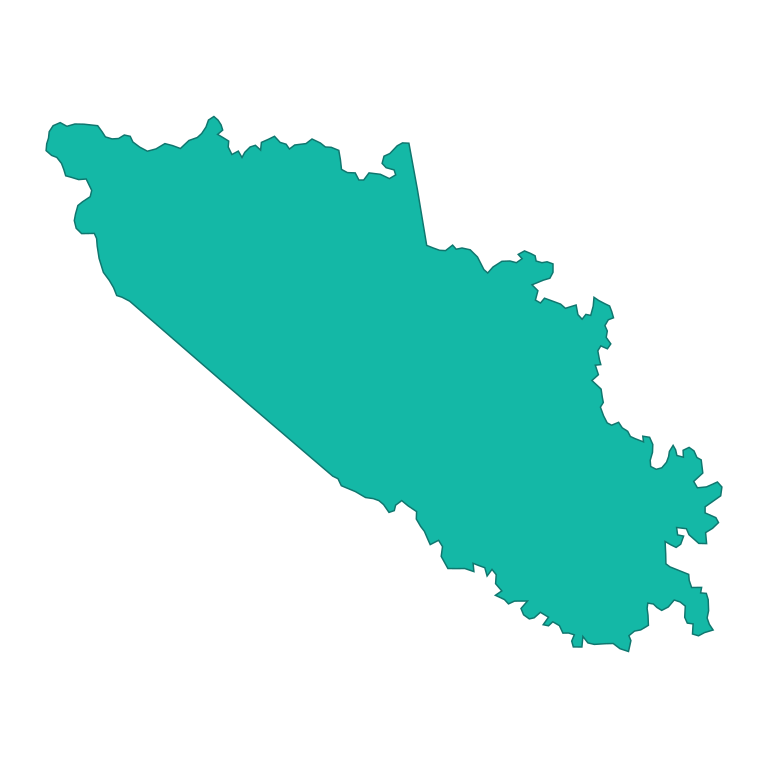 outline of Rio Azul, Paraná, Brazil
{"feature_id": "56859067B94937629872917", "entity_name": "Rio Azul", "entity_type": "district", "adm_level": 2, "iso_a3": "BRA", "parent_name": "Brazil", "parent_adm1": "Paraná", "projection": "albers", "projection_center": [-50.76, -25.731], "detail": "fine", "context": "isolated", "style": "filled", "palette": "teal", "viewbox_px": 768, "rotation_deg": 0, "n_neighbors": 0, "source": "geoboundaries", "source_scale": "gbopen_adm2", "svg_char_len": 3953}
<svg xmlns="http://www.w3.org/2000/svg" viewBox="0 0 768 768"><path d="M129.7,301.2L223.7,382.7L235.1,392.4L246.7,402.5L312.2,458.6L332.8,476.2L338.0,478.7L341.3,485.7L355.4,491.6L365.5,497.5L373.3,498.6L378.9,500.6L383.6,504.6L389.0,512.4L394.3,510.6L395.6,505.2L401.7,500.6L408.0,505.8L416.6,511.6L416.3,519.0L420.7,526.5L424.4,531.3L427.4,538.3L430.2,544.6L438.6,540.3L442.5,546.6L441.2,556.4L447.9,568.5L456.4,568.6L464.8,568.5L473.9,571.6L473.1,563.3L479.2,565.7L484.8,567.7L487.1,576.0L492.0,569.4L496.2,574.7L495.6,583.7L501.8,590.9L495.4,595.3L504.5,599.6L508.5,603.9L514.5,601.1L527.5,601.0L521.0,608.5L523.6,614.8L529.3,618.9L534.2,617.8L540.4,612.3L548.5,617.2L543.2,624.7L548.5,625.8L552.8,621.8L559.4,625.6L562.9,633.1L568.5,633.0L574.3,634.8L571.7,641.1L573.3,646.9L581.9,647.0L582.9,636.5L587.9,642.9L594.3,644.4L605.2,643.7L613.2,643.5L620.0,648.7L628.5,651.5L630.9,640.6L628.9,635.7L634.5,631.1L640.7,629.9L648.4,625.3L648.0,615.2L647.1,608.4L647.8,603.1L653.4,604.0L657.0,607.5L661.7,610.4L668.3,607.0L674.2,600.0L680.2,602.0L685.3,606.1L684.7,617.3L687.3,623.1L693.1,623.9L692.5,634.0L698.5,635.8L704.5,632.6L713.1,630.0L709.3,624.3L707.1,618.0L708.6,610.7L708.2,599.7L706.3,593.4L700.6,592.9L701.6,587.4L691.6,587.5L689.2,580.4L688.7,574.4L670.0,566.9L665.9,563.8L665.7,554.0L665.1,541.5L670.8,544.8L676.1,547.4L680.7,544.2L683.6,536.1L677.6,534.9L676.6,527.5L686.4,528.7L689.0,534.7L698.8,543.4L706.6,543.6L705.6,532.6L712.6,528.3L718.5,522.6L715.9,517.7L705.1,512.9L705.1,506.8L720.7,495.8L721.9,487.0L717.4,482.0L706.5,486.9L697.4,487.8L693.7,481.4L702.8,473.0L701.2,459.9L696.9,457.5L694.0,450.9L689.1,447.4L683.1,450.3L683.4,457.2L676.9,455.5L675.6,449.8L673.1,445.4L669.4,451.4L668.6,456.6L666.5,462.3L661.8,467.8L656.2,469.3L650.7,466.5L650.2,460.3L652.5,452.3L652.8,444.5L649.6,437.3L642.8,436.2L643.5,441.9L635.2,438.7L630.4,436.5L627.7,431.3L622.2,427.8L618.6,422.3L611.6,425.2L607.2,422.9L603.6,415.9L600.4,407.1L603.3,402.5L602.3,397.3L601.1,389.1L591.9,380.5L598.4,374.7L595.3,365.2L600.8,364.6L599.4,359.5L597.8,350.8L600.8,345.9L607.4,348.8L610.8,343.9L606.2,337.4L607.3,331.0L604.9,325.6L608.3,319.8L613.5,317.8L611.7,311.5L609.6,306.0L604.8,303.7L598.7,300.5L594.0,297.3L593.2,306.2L590.7,315.4L585.9,314.4L582.1,319.2L577.9,314.6L576.1,305.0L565.4,308.3L560.6,304.1L551.7,300.8L544.5,298.2L540.5,303.0L535.4,300.1L537.9,290.7L532.0,284.8L543.2,280.2L549.9,278.2L553.0,272.3L553.0,263.9L547.1,261.8L541.9,262.7L536.1,261.0L535.1,255.8L530.7,253.5L524.5,250.9L518.2,254.4L522.1,258.7L516.4,262.7L510.0,261.0L501.9,261.3L493.0,267.0L487.7,273.0L483.9,269.6L477.5,257.0L470.2,249.8L462.0,248.0L456.2,249.2L452.6,245.1L445.6,250.6L439.6,250.3L433.3,248.0L426.7,245.4L417.5,190.1L408.9,143.2L402.5,142.9L397.2,145.8L389.9,153.5L384.0,156.2L382.1,163.4L386.1,167.7L394.1,169.9L395.7,174.9L389.4,178.6L380.4,174.3L369.0,172.9L363.7,180.0L358.9,180.0L355.2,172.9L347.4,172.6L341.5,169.4L340.4,159.6L338.8,150.4L331.2,147.3L325.4,147.0L320.4,143.0L312.0,139.0L306.0,143.6L294.7,145.0L289.4,149.0L286.1,144.2L280.1,142.4L274.5,136.3L268.4,139.3L261.4,142.4L260.6,150.1L255.4,145.3L250.1,147.0L244.8,152.3L242.0,157.5L238.3,151.1L231.9,154.5L228.2,147.0L228.7,141.1L222.9,137.5L217.6,134.4L222.7,130.1L221.1,124.9L218.1,120.2L213.9,116.5L208.5,120.0L206.0,127.0L201.7,133.5L197.3,137.5L188.9,140.5L180.4,148.5L172.6,145.6L164.9,143.6L156.0,148.9L147.4,151.2L139.7,147.1L132.9,142.0L130.2,136.3L124.3,135.0L118.6,138.5L112.1,138.9L105.4,136.9L102.2,131.9L97.7,125.7L84.0,124.2L74.9,124.0L66.9,126.3L60.2,122.6L53.1,125.7L49.2,131.7L48.5,138.1L46.7,143.8L46.1,150.6L51.6,155.4L56.8,157.4L61.5,163.4L63.8,169.5L65.7,175.8L70.9,177.2L78.7,179.6L86.2,179.0L88.5,183.8L91.7,190.4L90.2,196.7L82.6,201.7L77.9,205.5L75.5,214.1L74.3,220.6L76.2,228.3L81.6,233.6L94.3,233.4L96.6,238.5L97.2,246.1L99.1,258.4L103.4,272.4L109.4,280.5L113.6,287.7L116.7,295.5L122.0,297.2L129.7,301.2Z" fill="#14b8a6" stroke="#0f766e" stroke-width="1.5"/></svg>